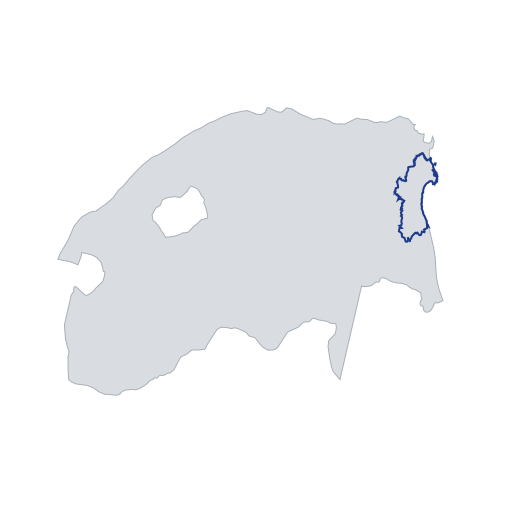 West Coast, Western Cape, South Africa shown in context, rotated 193°
{"feature_id": "47623444B37444115609272", "entity_name": "West Coast", "entity_type": "district", "adm_level": 2, "iso_a3": "ZAF", "parent_name": "South Africa", "parent_adm1": "Western Cape", "projection": "mercator", "projection_center": [18.155, -32.059], "detail": "fine", "context": "in_parent", "style": "outline", "palette": "blue", "viewbox_px": 512, "rotation_deg": 193, "n_neighbors": 0, "source": "geoboundaries", "source_scale": "gbopen_adm2", "svg_char_len": 9265}
<svg xmlns="http://www.w3.org/2000/svg" viewBox="0 0 512 512"><g transform="rotate(193 256 256)"><path d="M360.4,89.0L372.9,87.3L378.5,88.3L385.2,91.0L391.5,91.9L402.2,90.9L405.9,91.4L408.8,92.3L410.9,93.8L413.9,104.5L416.6,116.0L416.5,119.8L416.9,121.2L419.9,126.1L421.1,129.2L422.8,131.7L426.7,144.1L427.2,146.2L427.2,176.5L425.7,180.2L426.3,185.0L424.5,185.6L413.9,179.5L412.0,179.7L409.0,182.0L406.2,185.6L404.9,188.6L399.5,196.8L399.2,202.1L399.6,206.6L401.4,206.7L402.7,210.0L405.6,215.1L410.5,218.5L415.1,220.0L421.5,220.3L426.6,220.2L426.3,216.8L427.4,207.4L435.8,208.6L448.3,208.2L447.4,214.3L442.9,228.2L440.0,243.9L436.3,251.8L434.2,255.1L428.2,260.9L425.0,262.8L422.3,263.5L412.0,275.3L408.1,281.0L404.7,289.4L401.3,294.0L396.3,303.8L387.5,318.4L380.1,328.0L376.8,330.8L374.6,332.1L368.7,337.7L360.3,346.7L354.0,354.8L344.5,363.9L339.0,367.9L330.7,375.9L328.4,377.1L319.1,384.5L312.4,389.0L301.5,394.2L297.2,395.7L286.9,394.3L282.6,395.0L279.1,398.2L278.7,402.7L277.2,403.4L267.8,401.3L263.9,401.7L261.6,404.1L259.7,407.2L254.3,407.4L244.7,404.2L233.3,402.2L230.7,402.0L225.2,404.4L223.3,404.7L215.3,404.2L210.8,402.7L206.6,402.7L203.3,403.9L199.4,404.4L188.7,413.0L183.2,413.0L178.4,414.0L170.0,412.8L167.5,413.4L165.0,414.9L159.2,415.5L157.0,416.8L147.3,424.7L143.3,423.9L138.3,423.8L132.6,419.6L130.4,419.8L131.0,418.6L131.2,416.4L129.2,414.1L126.9,414.2L125.7,412.3L122.3,412.1L119.5,412.7L119.0,405.5L117.6,404.8L114.2,404.6L112.5,404.9L111.8,405.5L110.9,407.2L110.9,412.2L109.7,410.8L108.3,407.8L107.9,404.5L108.3,400.7L110.9,399.3L110.2,394.5L106.2,386.2L103.7,384.4L101.8,380.2L99.9,378.6L99.1,375.7L97.2,373.3L96.6,369.6L97.6,367.4L99.2,366.3L100.9,368.1L103.0,367.4L105.9,364.7L107.7,360.6L107.8,354.1L107.3,350.0L105.0,339.5L103.9,337.1L98.6,329.7L92.5,319.7L84.8,304.1L81.1,294.8L75.5,276.0L70.6,265.4L64.5,255.6L63.7,255.0L64.7,253.8L67.9,251.5L69.4,250.9L70.2,251.2L71.0,250.6L71.7,249.0L72.2,245.6L73.7,242.0L75.1,240.4L78.0,239.4L80.2,240.7L81.1,242.1L81.4,243.8L82.4,244.7L84.0,244.6L85.1,245.7L85.7,247.9L85.6,249.6L84.7,250.6L84.8,251.9L85.9,253.5L87.1,257.1L93.0,259.0L96.3,259.2L99.5,260.1L102.5,261.8L107.3,262.1L114.1,261.3L119.7,261.7L124.1,263.3L127.2,263.5L129.2,262.6L130.0,261.1L129.8,259.2L130.8,258.1L133.0,257.6L134.7,256.1L136.1,253.8L139.2,251.9L144.0,250.5L146.4,250.5L146.4,154.4L154.9,160.9L156.9,163.9L161.1,172.8L165.4,183.9L166.1,189.2L165.9,190.4L161.5,197.6L161.3,201.2L161.8,205.4L162.9,207.5L164.1,208.2L167.2,207.2L171.9,208.3L180.9,207.8L185.3,208.4L186.5,208.0L187.5,207.1L188.7,204.6L189.7,203.8L193.9,202.6L195.7,201.2L198.7,196.2L207.6,189.5L208.6,187.9L214.2,172.0L215.9,169.7L218.4,168.2L223.2,167.0L226.1,167.7L229.2,169.0L232.7,171.4L237.9,175.7L239.7,176.3L244.9,176.5L248.1,179.4L257.9,181.3L260.7,181.2L263.8,179.7L268.8,179.7L274.2,178.6L277.4,175.8L283.7,158.5L284.4,154.7L285.1,153.6L290.2,151.7L296.5,150.2L297.8,149.4L301.6,144.6L306.7,140.6L310.3,126.9L312.6,123.6L314.0,122.3L314.9,122.3L316.2,121.4L317.9,119.7L319.9,118.7L322.2,118.3L323.7,117.2L324.4,115.4L325.6,114.5L327.3,114.5L328.3,113.9L328.6,112.7L332.4,109.8L332.4,108.6L334.6,105.7L338.9,101.2L342.9,98.6L346.7,98.1L353.6,95.8L356.1,93.6L357.7,90.6L360.4,89.0ZM348.8,295.5L355.0,293.1L359.7,289.9L360.7,284.0L364.2,280.4L365.5,277.0L366.5,272.4L364.4,267.6L361.5,266.2L356.3,262.0L354.0,259.2L350.8,256.8L348.6,254.0L345.0,254.9L339.4,257.2L335.9,259.3L333.0,261.8L327.8,263.6L322.9,271.5L321.3,273.3L317.5,279.1L311.9,282.0L311.8,283.0L313.6,287.7L316.2,292.5L318.9,296.3L318.8,298.7L319.7,300.6L322.1,301.9L326.2,306.7L328.2,308.3L334.4,309.5L335.3,309.2L337.0,306.3L337.2,304.2L341.3,298.0L343.1,296.0L348.8,295.5Z" fill="#d9dde1" stroke="#a8b0b8" stroke-width="1"/><path d="M134.8,362.7L135.0,360.4L135.5,360.1L135.3,359.7L135.0,359.7L134.3,358.1L133.5,356.7L133.0,354.7L135.0,353.6L135.0,353.4L134.9,353.3L134.8,353.2L135.0,352.8L135.0,352.4L135.0,352.1L135.2,351.6L134.8,351.2L134.7,351.3L134.8,351.1L134.6,350.7L134.9,350.2L135.3,350.1L135.5,349.8L135.3,349.0L134.9,350.0L134.8,349.8L134.8,348.7L134.4,348.7L133.4,347.5L132.7,347.1L132.3,347.7L131.9,347.8L131.7,347.4L131.2,347.0L131.0,346.2L130.2,345.7L129.9,346.1L129.6,345.7L130.0,344.5L130.2,342.9L128.4,345.2L128.1,344.0L127.5,344.2L127.1,343.9L126.8,344.2L126.5,344.1L126.2,344.1L126.0,343.8L125.5,343.7L124.8,343.3L124.1,343.2L124.3,342.8L124.2,342.5L124.1,342.3L124.2,342.2L124.5,341.9L124.9,341.4L125.3,341.2L125.5,341.0L125.4,340.7L125.2,340.8L125.2,340.6L125.0,340.2L125.3,340.0L125.6,340.1L125.7,339.8L125.0,338.6L124.7,337.6L125.2,337.5L125.3,336.8L125.1,336.3L125.6,335.6L125.4,334.9L124.7,334.9L125.4,333.6L125.0,333.4L124.4,333.4L124.0,333.0L123.7,333.3L123.6,333.2L123.9,332.9L124.0,332.4L124.3,331.9L124.5,330.8L124.2,330.6L124.2,330.2L124.2,329.9L123.7,329.3L123.0,328.9L123.8,327.6L122.7,327.0L122.1,325.7L122.3,324.6L122.2,322.3L121.2,320.3L121.4,318.6L123.1,317.7L120.5,316.1L122.5,315.6L122.3,312.2L120.2,311.5L118.6,310.2L118.7,309.0L117.8,307.4L115.4,307.1L113.4,303.7L111.8,304.1L111.4,306.2L112.3,308.5L110.4,305.9L109.0,304.5L109.7,306.3L108.7,308.1L108.7,309.9L106.2,314.3L105.9,314.5L105.0,314.0L104.6,314.2L104.9,314.6L104.5,314.7L104.0,315.1L101.9,313.3L101.4,313.1L100.2,313.5L99.9,314.3L99.9,317.0L99.4,316.9L98.5,317.0L98.0,317.2L97.3,317.1L97.2,317.8L98.3,319.5L97.6,320.0L97.4,320.3L97.2,320.3L95.6,321.7L96.2,324.0L94.8,323.5L94.4,323.4L95.8,325.3L96.3,325.6L96.9,326.2L97.3,327.0L97.3,327.5L97.2,327.6L97.2,327.9L97.7,328.6L97.7,328.8L98.4,329.4L98.9,330.3L99.6,331.2L100.3,332.2L100.8,332.7L101.0,333.2L101.6,333.6L102.5,334.7L102.8,335.2L102.7,335.6L103.1,335.9L103.6,337.2L105.3,339.6L105.3,339.9L105.2,340.0L105.6,341.5L105.4,341.6L106.2,342.8L106.6,343.8L106.6,344.1L106.4,344.2L106.5,344.7L106.3,344.8L106.3,345.0L106.7,346.2L106.7,346.5L106.9,346.9L106.9,347.3L107.4,348.6L107.4,349.0L107.1,349.2L107.2,349.5L107.1,349.8L107.3,351.1L107.3,351.5L107.7,352.3L108.1,354.4L107.9,355.3L107.4,355.4L107.8,357.4L107.9,358.8L107.8,360.3L107.6,361.4L106.9,363.5L105.8,365.4L104.7,366.4L103.8,367.7L103.3,368.1L102.7,368.3L101.9,368.2L101.3,368.4L101.0,367.9L100.4,367.4L100.3,367.2L99.5,366.7L99.6,366.4L99.6,366.1L99.4,366.2L99.1,366.4L98.9,366.6L98.7,366.6L98.7,366.4L98.4,366.6L98.2,366.4L98.2,366.7L97.6,367.2L97.6,367.4L97.9,367.9L97.9,368.4L97.8,368.8L97.5,369.0L97.3,368.9L97.3,369.2L97.0,369.2L96.8,369.3L96.6,369.3L96.6,369.5L96.4,369.5L96.5,369.7L96.8,369.9L96.8,370.0L97.2,370.2L97.3,370.5L97.3,371.1L96.9,371.3L97.0,371.5L96.7,371.7L96.8,371.9L97.2,372.1L97.3,372.4L97.4,372.9L97.2,373.1L97.3,373.3L97.4,373.7L97.2,373.7L97.4,373.8L97.0,374.2L97.2,374.5L97.5,374.4L97.8,374.8L97.7,375.1L97.6,375.4L97.6,375.5L97.8,375.5L98.0,375.8L98.6,375.4L98.5,375.2L98.8,375.1L99.3,375.3L99.4,375.5L99.2,375.6L99.4,375.6L99.4,375.4L99.2,375.0L98.8,375.0L98.9,374.7L99.3,374.3L100.0,374.4L99.7,375.3L100.0,374.6L100.3,374.6L100.8,375.0L100.9,375.6L101.1,375.8L101.0,376.3L100.7,376.7L100.8,377.3L101.5,378.0L102.2,378.4L102.3,378.7L102.2,379.0L102.3,379.1L102.1,379.1L102.5,379.3L102.4,379.4L102.6,379.6L102.6,379.4L103.0,379.4L102.9,379.8L102.6,380.0L102.3,380.1L102.2,379.9L102.2,379.7L101.6,379.3L101.2,378.9L101.2,378.7L100.6,378.4L100.8,378.0L100.4,377.8L100.3,377.2L100.2,377.0L99.6,377.0L99.7,376.9L100.2,376.8L100.1,376.6L99.9,376.5L99.9,376.3L99.4,376.3L99.6,376.9L99.3,377.2L99.1,377.1L98.9,377.4L99.4,377.7L99.5,377.9L99.4,378.0L100.2,378.5L100.4,378.7L101.5,379.8L102.5,381.1L103.2,382.1L103.7,383.4L103.8,384.0L103.5,384.1L103.5,384.3L103.9,384.7L105.4,385.7L106.3,386.6L107.2,387.8L107.3,388.3L107.5,388.3L107.4,388.6L107.7,388.8L107.4,389.3L107.5,389.5L107.4,389.5L107.3,390.3L107.6,390.5L107.7,390.3L108.0,390.4L108.0,390.0L108.5,389.7L108.7,389.1L109.0,388.7L110.0,388.7L110.3,388.3L110.7,387.6L111.4,387.7L112.0,388.1L112.3,388.5L112.3,389.1L113.2,389.0L113.5,389.2L113.6,390.0L113.4,390.1L113.5,390.4L114.2,390.8L114.5,390.7L114.7,391.9L115.1,392.2L115.4,392.1L115.7,392.5L116.2,393.0L116.3,393.5L116.6,393.5L116.7,393.3L117.3,393.6L117.6,393.3L117.7,393.0L117.8,393.0L117.9,392.5L118.3,392.5L119.2,391.0L119.6,391.3L119.7,390.9L119.7,390.5L120.1,390.3L120.2,390.5L120.9,390.4L121.1,389.8L122.0,389.7L121.8,389.1L122.0,389.0L122.0,388.5L122.0,388.3L121.9,388.1L122.0,387.5L122.4,387.3L122.2,387.1L122.5,386.7L122.4,386.4L122.7,386.4L122.7,386.2L122.9,385.8L123.0,385.7L122.9,385.5L123.3,385.4L123.2,385.2L123.3,385.1L123.1,385.0L123.3,384.6L123.1,384.5L123.3,384.3L123.0,383.9L123.2,383.6L122.9,383.3L123.1,383.1L123.3,383.1L123.2,382.9L123.2,382.7L122.8,382.4L122.8,382.1L122.7,382.0L122.6,381.8L122.3,381.8L122.4,381.6L122.2,381.4L122.3,381.3L122.2,381.1L122.4,380.9L122.4,380.6L122.1,380.2L121.9,380.0L122.4,379.6L122.4,379.0L123.0,378.6L123.4,378.4L124.6,378.3L125.5,377.6L126.9,377.3L127.5,376.9L127.6,376.0L127.3,375.4L127.0,373.9L127.8,370.7L127.8,369.6L127.4,368.7L127.5,367.0L128.3,366.9L128.2,366.3L126.8,363.8L126.7,363.4L127.1,363.4L126.9,362.8L127.2,362.5L128.2,362.6L128.7,362.5L129.6,362.9L130.0,362.7L130.9,362.5L131.4,362.8L131.8,363.7L132.1,363.5L132.7,363.4L133.2,363.9L133.7,364.0L133.8,364.3L134.0,364.0L134.0,363.5L134.6,363.2L134.8,362.7ZM101.8,385.9L101.8,386.1L102.0,386.4L102.0,386.5L102.4,386.4L102.2,385.9L102.0,386.1L101.8,385.9Z" fill="none" stroke="#1e3a8a" stroke-width="2"/></g></svg>